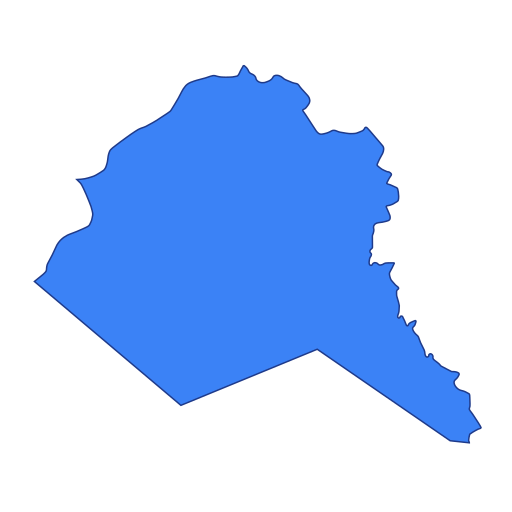 outline of Mapulaca, Lempira, Honduras, rotated 89°
{"feature_id": "27666195B86769903642722", "entity_name": "Mapulaca", "entity_type": "district", "adm_level": 2, "iso_a3": "HND", "parent_name": "Honduras", "parent_adm1": "Lempira", "projection": "robinson", "projection_center": [-88.627, 14.049], "detail": "fine", "context": "isolated", "style": "filled", "palette": "blue", "viewbox_px": 512, "rotation_deg": 89, "n_neighbors": 0, "source": "geoboundaries", "source_scale": "gbopen_adm2", "svg_char_len": 5986}
<svg xmlns="http://www.w3.org/2000/svg" viewBox="0 0 512 512"><g transform="rotate(89 256 256)"><path d="M446.5,46.0L445.9,46.0L444.8,46.5L443.8,46.6L441.0,46.2L437.9,45.4L436.0,42.5L434.3,39.5L433.0,36.9L432.2,34.5L431.9,34.2L431.5,34.0L430.0,34.7L426.9,36.5L418.3,41.9L416.7,43.0L414.5,44.6L413.3,45.3L412.9,45.4L412.4,45.4L409.9,44.7L407.4,44.6L401.3,44.7L398.8,44.8L397.8,45.1L397.5,45.4L397.0,46.2L395.4,49.1L394.7,50.8L393.8,53.9L393.2,55.2L392.7,56.0L391.8,57.1L390.6,58.2L389.2,59.2L388.1,59.7L387.1,60.0L386.0,60.2L385.3,60.1L384.5,59.9L383.4,59.1L381.9,57.4L380.2,56.1L378.1,55.0L377.5,55.0L377.0,55.1L376.5,55.5L376.3,55.9L375.8,56.8L375.4,58.0L375.1,59.7L375.0,61.8L374.9,62.6L372.2,67.6L369.4,72.7L368.8,73.4L367.5,74.4L366.1,75.9L363.4,79.3L362.5,80.2L361.9,80.6L361.2,80.8L360.5,80.9L359.6,80.8L358.7,81.0L357.8,81.5L357.1,82.3L356.9,82.8L356.8,83.3L356.9,83.9L357.2,84.3L357.4,84.6L357.8,84.9L358.8,85.0L359.2,85.2L359.6,85.5L359.8,85.9L360.0,86.4L360.0,86.9L359.8,87.3L359.5,87.7L359.0,88.1L357.8,88.6L356.7,88.8L354.7,89.0L352.9,89.5L345.5,93.0L339.8,95.0L339.1,95.4L338.5,95.9L336.9,97.6L335.5,98.8L334.0,99.8L332.2,100.6L331.3,100.7L330.5,100.6L329.8,100.1L328.8,99.1L327.7,98.3L326.3,97.8L324.8,97.3L324.0,97.2L323.7,97.3L323.4,97.7L323.4,98.1L324.3,100.5L325.3,102.8L325.8,103.5L326.4,104.2L327.1,104.7L328.2,105.2L328.4,105.6L328.4,106.1L328.1,106.6L327.5,107.0L323.3,108.6L320.1,110.1L319.2,110.5L318.9,110.8L318.7,111.1L318.6,111.5L318.6,112.0L318.7,112.3L318.9,112.7L319.2,112.9L320.1,113.2L320.3,113.6L320.5,114.0L320.5,114.4L320.3,114.8L319.8,115.3L319.1,115.4L317.9,115.3L315.5,114.4L313.7,114.0L308.3,113.6L307.1,113.8L304.3,114.4L298.8,115.9L297.6,116.1L294.2,116.1L293.6,116.0L293.0,115.8L292.3,115.3L291.4,114.2L290.9,114.0L290.5,114.0L290.1,114.2L289.6,114.5L287.4,117.1L284.1,119.9L282.5,121.2L281.3,121.8L279.8,122.3L278.1,122.7L276.8,122.9L275.6,122.9L274.5,122.5L270.2,120.1L265.8,117.9L265.6,117.9L265.3,118.2L265.2,121.2L265.2,123.8L265.3,126.3L265.7,127.8L266.6,129.4L266.9,130.3L267.1,131.2L267.2,132.1L267.1,132.8L266.8,133.4L266.5,133.8L265.8,134.5L265.2,135.3L264.9,136.2L264.7,137.3L264.9,138.1L265.3,138.9L265.9,139.5L267.0,140.2L267.3,140.7L267.4,141.2L267.2,141.8L266.9,142.3L266.4,142.7L265.8,142.9L265.0,143.0L263.9,143.0L261.3,142.6L259.7,142.1L257.8,140.9L256.6,140.6L256.1,140.6L255.6,140.8L255.3,141.0L254.7,141.6L254.2,141.9L253.6,142.0L253.1,142.0L252.6,141.9L252.0,141.6L251.4,141.1L250.5,140.0L249.8,139.5L249.2,139.4L238.2,139.3L237.1,139.1L235.1,138.3L233.1,137.8L231.8,137.7L229.6,138.0L228.7,137.9L227.8,137.7L226.9,137.1L226.2,136.5L225.6,135.5L225.2,134.6L224.8,132.8L224.4,129.2L223.7,125.8L223.3,124.3L223.0,123.3L222.6,122.5L222.1,121.9L221.5,121.5L220.9,121.3L219.6,121.2L218.4,121.3L217.4,121.6L214.6,122.7L209.6,124.8L209.1,124.9L208.7,124.9L208.3,124.5L208.1,124.2L207.6,121.4L206.8,119.0L206.3,117.9L204.0,113.9L203.5,113.3L203.0,112.9L202.4,112.7L200.8,112.4L198.7,112.3L194.6,112.6L192.4,113.0L191.2,113.3L190.7,113.6L190.1,114.3L188.0,118.7L187.1,120.7L186.3,123.2L186.0,123.6L185.7,124.0L185.4,124.0L183.8,123.2L181.0,121.7L177.6,119.4L176.8,119.2L176.1,119.4L175.2,120.2L174.5,121.3L174.3,121.6L174.0,123.3L173.6,124.3L172.6,126.4L171.5,128.5L170.4,130.0L169.1,131.6L167.8,133.0L167.3,133.3L166.8,133.3L166.1,133.1L163.9,132.1L160.9,130.6L155.8,127.7L153.8,126.9L151.7,126.5L150.4,126.5L149.2,126.8L148.1,127.4L132.8,140.0L130.1,142.4L129.5,143.1L129.3,143.5L129.3,144.2L129.6,144.7L129.9,145.0L131.0,145.6L131.6,146.1L132.3,146.8L132.8,147.7L133.8,150.2L134.7,152.7L135.0,153.7L135.2,155.1L135.3,157.1L135.3,159.4L135.2,160.9L134.8,163.7L133.6,170.1L133.0,171.9L132.0,174.3L131.8,175.2L131.7,176.1L131.8,177.1L132.1,178.0L133.3,180.4L134.0,182.2L134.4,183.5L135.0,186.0L135.3,188.0L135.3,189.0L135.1,190.1L134.6,191.1L133.5,192.4L131.9,193.7L125.4,197.8L115.8,203.8L112.4,206.1L111.4,206.7L110.9,206.7L110.5,206.4L109.6,204.6L109.1,203.9L108.4,203.2L106.0,201.3L104.9,200.6L103.9,200.0L102.4,199.6L101.6,199.5L100.7,199.6L99.0,200.0L97.3,200.9L95.7,202.2L89.8,207.4L87.8,209.0L85.8,210.4L84.9,211.3L84.4,212.3L83.9,214.5L83.3,216.5L80.7,222.5L79.7,224.5L78.1,226.4L77.0,227.9L76.6,228.8L76.1,229.8L75.8,231.0L75.7,232.3L75.8,233.5L76.1,234.4L76.4,235.0L76.8,235.4L78.9,236.8L79.4,237.3L80.1,238.1L80.9,239.3L81.6,241.0L82.1,242.4L82.7,244.3L82.8,245.7L82.8,247.3L82.5,248.8L81.8,250.4L81.2,251.2L80.7,251.8L79.6,252.6L79.0,252.8L77.9,253.1L77.2,253.3L76.0,254.1L75.3,254.8L74.7,255.6L74.2,256.5L73.5,258.0L72.7,259.1L71.7,259.9L69.5,260.9L68.0,261.9L67.1,262.7L65.9,264.0L65.5,264.5L65.5,265.0L65.6,265.4L66.3,265.8L70.4,268.2L73.6,269.8L74.8,270.6L75.4,271.1L75.8,271.9L76.2,274.0L76.6,276.6L76.7,279.8L76.7,283.4L76.5,287.0L76.3,288.8L75.8,291.1L75.0,293.9L74.9,294.8L74.9,295.8L75.5,298.4L77.1,303.5L79.3,312.3L80.0,314.7L81.2,318.2L82.3,320.5L83.2,321.8L84.3,323.1L85.5,324.1L87.7,325.8L90.4,327.4L97.0,331.0L103.5,335.0L108.5,338.2L109.4,338.9L110.0,339.5L112.1,342.6L115.0,347.2L118.9,353.4L120.9,356.9L124.5,363.8L125.3,365.8L126.2,368.6L126.8,370.1L127.5,371.6L129.1,374.3L132.2,379.1L135.1,383.3L139.6,389.7L143.0,394.3L145.4,397.5L147.1,399.4L147.9,400.0L148.5,400.4L149.9,401.0L151.6,401.6L153.8,402.1L157.2,402.6L159.5,403.0L161.3,403.5L163.7,404.3L165.1,404.9L165.9,405.4L166.7,406.0L167.6,406.8L169.9,410.4L172.2,414.4L173.2,416.5L174.0,418.9L175.0,422.4L175.8,426.0L176.2,429.7L176.4,433.8L180.0,430.3L181.0,429.6L182.2,428.9L185.5,427.3L191.5,424.7L198.4,422.0L203.6,420.1L207.9,419.0L210.1,418.6L211.2,418.5L212.5,418.6L214.8,419.1L217.3,419.7L219.2,420.5L220.6,421.2L222.1,422.0L222.9,422.8L223.6,423.8L224.4,425.4L225.9,428.8L228.5,435.1L231.0,442.0L231.9,444.2L232.9,445.9L234.1,448.0L235.7,450.0L237.1,451.5L239.1,453.2L241.6,454.9L251.4,459.7L259.9,464.4L261.3,465.0L263.0,465.4L264.4,465.6L265.9,465.7L266.6,465.9L267.4,466.1L268.0,466.5L269.1,467.5L270.6,469.1L277.6,478.0L404.0,333.7L350.3,196.4L444.1,65.1L446.5,46.0Z" fill="#3b82f6" stroke="#1e3a8a" stroke-width="1.5"/></g></svg>